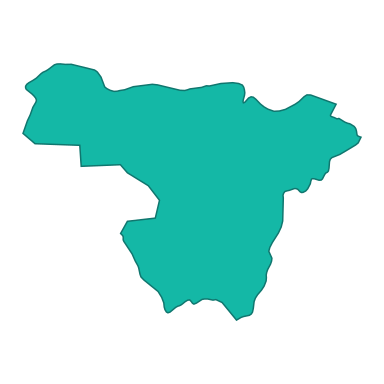 SVG path tracing the border of Pichincha
{"feature_id": "ECU-1287", "entity_name": "Pichincha", "entity_type": "Province", "adm_level": 1, "iso_a3": "ECU", "parent_name": "Ecuador", "parent_adm1": "", "projection": "natural_earth1", "projection_center": [-78.482, -0.183], "detail": "fine", "context": "isolated", "style": "filled", "palette": "teal", "viewbox_px": 384, "rotation_deg": 0, "n_neighbors": 0, "source": "natural_earth", "source_scale": "10m", "svg_char_len": 2539}
<svg xmlns="http://www.w3.org/2000/svg" viewBox="0 0 384 384"><path d="M361.0,137.2L358.2,142.9L355.6,145.0L339.9,154.4L331.9,157.6L330.3,159.2L329.5,161.6L329.0,168.2L328.4,171.0L327.4,172.2L326.0,172.9L324.8,174.3L322.4,179.0L321.1,180.1L319.0,180.2L314.3,178.8L312.3,178.7L311.5,179.2L310.8,181.2L310.3,183.8L307.7,188.8L305.7,191.0L303.0,192.4L301.4,192.5L300.1,191.8L297.8,189.3L296.0,188.6L294.3,188.6L289.2,190.4L287.2,190.8L284.9,191.5L283.6,193.3L283.0,195.3L283.3,198.0L282.7,221.0L281.2,227.0L278.4,233.0L272.3,242.6L269.8,247.5L268.8,251.3L271.9,258.2L271.6,261.0L270.5,264.2L267.7,269.5L266.7,272.4L266.2,275.0L266.4,277.7L266.1,281.0L264.1,286.1L261.5,290.1L257.5,294.8L255.4,298.1L254.1,301.6L253.3,308.4L252.5,312.1L251.3,314.0L249.4,315.3L243.7,316.5L241.1,317.4L236.5,320.1L222.1,302.5L215.9,299.6L213.0,300.1L207.7,299.0L204.4,299.0L202.1,299.4L196.4,303.1L193.9,304.1L192.5,303.3L191.4,301.7L189.7,299.9L187.6,300.2L185.0,301.8L182.6,303.8L181.1,304.9L179.5,305.7L177.8,306.2L175.8,307.3L170.0,312.1L167.9,312.8L166.4,312.0L165.0,309.7L164.2,307.0L163.8,302.9L161.7,297.4L158.1,291.5L143.9,280.0L141.0,277.0L140.0,274.2L138.7,267.9L137.9,265.7L135.3,261.1L132.1,253.9L123.9,241.5L123.2,239.9L123.2,236.7L122.5,235.4L120.6,233.5L127.4,221.3L155.3,218.1L159.5,200.3L148.3,185.7L127.4,172.8L120.4,164.7L81.2,166.3L79.8,145.3L35.0,143.7L23.0,133.4L27.4,120.8L30.2,114.9L32.9,107.3L35.6,102.7L36.3,101.1L36.3,99.7L35.6,98.0L34.0,96.0L32.0,94.0L26.3,89.4L25.6,87.9L25.6,86.2L26.8,84.3L28.9,82.7L33.1,80.3L36.4,78.1L41.0,73.7L42.9,72.3L45.8,71.0L48.1,69.6L54.4,64.8L57.0,64.0L60.3,63.9L65.4,64.4L71.3,64.3L94.5,70.0L96.3,71.2L97.4,72.1L101.0,77.1L104.7,86.9L106.8,88.6L110.1,90.3L114.0,91.4L117.2,91.2L120.0,90.5L124.6,89.8L133.3,86.7L152.3,84.3L157.6,84.9L180.1,90.3L184.8,90.5L187.5,89.8L190.0,88.9L201.6,87.4L206.3,85.8L209.4,86.0L220.9,83.5L232.7,82.7L238.7,83.5L242.4,85.1L243.7,87.2L244.4,89.8L244.8,92.8L244.5,95.3L243.3,99.7L243.0,101.5L243.4,102.8L244.7,102.4L248.6,98.0L251.1,96.8L253.3,97.2L255.8,99.2L260.4,104.0L263.9,106.8L267.8,109.1L274.0,111.3L279.4,111.0L285.4,109.4L295.2,104.2L299.1,101.5L304.1,96.7L306.9,94.9L310.7,95.0L336.1,104.2L330.6,114.8L330.5,115.1L330.5,115.5L330.6,115.9L331.0,116.3L331.8,116.7L334.4,117.6L336.8,118.8L337.2,118.8L337.5,118.8L338.6,118.5L339.0,118.5L344.8,122.1L348.0,123.4L348.9,123.5L349.8,123.8L350.8,124.3L354.1,126.4L355.1,127.6L355.9,129.0L356.5,131.3L356.9,134.1L357.0,134.6L357.2,135.2L358.2,136.2L361.0,137.2Z" fill="#14b8a6" stroke="#0f766e" stroke-width="1.5"/></svg>